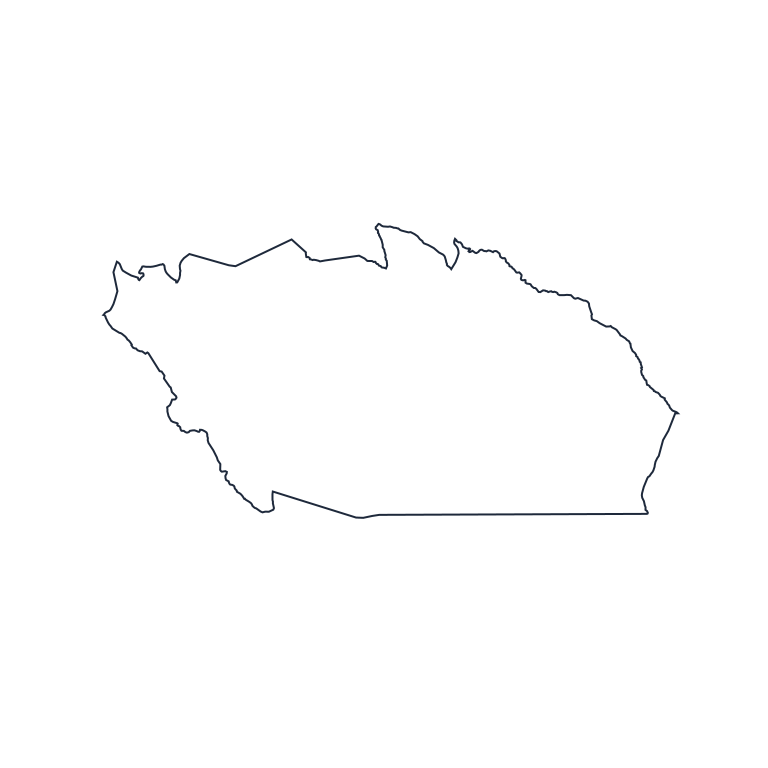 Alpatláhuac, Veracruz, Mexico (Mercator projection), rotated 206°
{"feature_id": "50627088B30858161806263", "entity_name": "Alpatláhuac", "entity_type": "district", "adm_level": 2, "iso_a3": "MEX", "parent_name": "Mexico", "parent_adm1": "Veracruz", "projection": "mercator", "projection_center": [-97.125, 19.099], "detail": "fine", "context": "isolated", "style": "outline", "palette": "slate", "viewbox_px": 768, "rotation_deg": 206, "n_neighbors": 0, "source": "geoboundaries", "source_scale": "gbopen_adm2", "svg_char_len": 6158}
<svg xmlns="http://www.w3.org/2000/svg" viewBox="0 0 768 768"><g transform="rotate(206 384 384)"><path d="M666.4,323.1L665.7,323.3L664.0,322.7L663.3,321.7L659.0,318.3L656.9,317.0L655.2,316.3L652.5,314.8L644.3,314.0L643.1,314.3L641.5,314.2L637.2,313.2L634.9,312.1L634.2,311.5L632.4,311.2L630.4,310.3L628.0,308.9L628.1,308.2L626.3,307.1L625.2,306.6L623.4,306.8L622.5,307.2L620.3,306.3L617.7,306.5L615.7,307.3L611.7,306.6L610.5,308.6L609.3,308.4L591.3,297.2L589.3,297.7L585.0,295.3L584.2,292.5L575.4,287.6L574.2,287.4L571.1,283.8L565.4,281.8L564.5,280.7L564.8,278.9L565.2,278.4L567.6,277.1L567.2,273.2L567.2,271.1L568.7,268.0L567.5,266.2L566.6,264.3L563.6,260.7L559.2,257.6L557.1,257.4L552.6,258.1L552.1,258.0L551.7,256.4L550.5,256.1L549.8,256.3L548.2,255.8L547.5,254.7L546.6,253.8L545.5,253.2L543.3,254.1L541.4,253.7L539.8,253.9L538.4,255.1L537.9,256.8L535.7,258.4L534.0,259.3L531.8,259.6L530.2,259.6L529.2,260.0L529.0,261.0L529.3,262.2L527.9,262.8L526.7,263.0L523.9,262.9L522.2,262.6L520.8,261.3L520.0,259.7L518.6,258.2L517.8,256.2L515.9,254.1L508.4,249.6L502.1,244.8L499.9,242.5L496.0,240.3L493.6,235.0L492.3,234.2L491.3,234.1L488.4,236.1L486.7,236.1L486.2,234.7L486.3,231.8L485.0,229.7L483.8,228.5L480.9,228.4L480.2,227.4L478.8,226.4L478.1,226.2L476.1,226.8L474.4,226.7L473.5,226.2L472.5,224.9L471.5,224.3L469.7,223.7L469.0,222.7L465.1,222.4L463.8,222.0L462.0,221.2L459.2,219.5L458.7,219.9L457.6,219.4L453.3,219.0L451.3,218.6L449.8,217.8L449.0,216.9L446.9,216.2L445.5,216.0L444.3,216.2L439.0,215.3L436.9,215.4L434.8,217.2L431.5,218.7L428.4,222.5L428.5,224.2L431.6,228.1L432.2,229.5L433.4,230.9L435.9,236.0L436.8,238.6L350.6,251.7L344.0,254.6L336.8,260.2L330.9,264.3L90.8,382.5L90.3,383.1L90.4,383.9L91.9,385.1L93.8,385.5L94.9,387.9L96.4,389.3L99.0,392.6L102.0,394.9L103.5,397.0L104.2,399.1L105.4,405.4L106.0,414.5L105.9,416.1L105.0,417.5L104.5,420.9L104.1,422.2L104.0,424.4L104.5,428.2L105.1,429.9L105.9,433.2L105.9,437.1L105.5,439.8L108.6,456.0L107.9,466.7L109.4,485.3L107.0,486.5L107.9,486.8L109.3,486.9L112.8,486.6L113.7,486.8L116.7,488.1L118.1,489.5L118.9,490.0L120.6,490.5L121.6,491.5L124.9,493.0L125.3,494.2L129.1,494.2L130.3,494.4L131.5,495.3L133.8,496.2L136.2,495.9L137.4,496.2L138.4,496.0L139.1,496.8L143.7,497.9L144.5,498.6L146.1,498.8L147.2,498.6L148.2,499.8L149.8,502.1L151.5,502.3L152.3,503.0L153.6,503.6L154.5,504.8L156.1,505.3L158.1,507.6L158.7,508.9L158.5,510.0L159.1,510.7L159.9,511.1L159.4,512.0L161.9,514.5L162.8,516.0L163.8,516.0L164.8,517.2L166.0,518.0L166.8,518.2L168.0,519.4L169.6,519.6L170.2,520.8L172.1,521.9L175.0,522.6L178.2,525.2L180.2,528.3L180.7,528.3L182.4,529.8L185.2,530.1L186.8,530.8L191.0,531.3L192.9,531.3L193.4,531.9L198.7,534.6L200.3,534.8L204.1,534.9L205.7,535.5L206.4,534.7L209.5,533.0L216.8,533.2L220.3,533.8L223.0,533.3L225.6,533.4L227.6,536.5L227.6,537.8L229.2,539.3L233.6,543.8L235.1,546.2L237.1,547.2L239.4,547.2L241.2,546.5L247.4,546.3L249.5,544.5L250.9,544.4L254.9,545.8L258.7,544.3L260.6,543.1L265.2,540.8L267.1,540.9L268.1,541.8L269.4,541.9L271.4,541.6L272.2,540.8L273.4,540.5L274.3,540.7L275.4,539.9L276.7,538.6L278.4,538.9L279.0,538.5L280.1,538.6L282.1,537.9L283.8,535.1L285.4,534.5L288.6,536.2L290.0,536.6L291.4,536.0L294.0,536.6L295.9,537.8L296.8,537.8L299.6,536.9L301.2,537.1L302.3,539.3L303.0,539.3L304.5,538.1L306.1,537.8L307.1,538.5L307.8,541.6L308.2,542.3L310.1,543.2L311.4,543.6L313.2,542.4L314.0,542.3L316.8,543.8L318.1,544.3L319.2,544.3L319.9,544.9L321.0,545.3L322.4,544.9L323.0,545.0L323.4,545.9L324.2,546.4L325.2,546.9L326.9,547.0L328.2,547.6L328.8,548.7L330.2,549.9L330.8,550.0L331.5,549.7L332.1,549.1L333.4,549.0L335.3,549.4L337.4,551.9L340.9,552.7L341.8,552.5L342.7,552.0L343.4,551.4L343.8,550.3L346.9,550.3L348.8,549.8L350.1,548.1L351.2,547.9L352.3,547.4L354.8,547.6L355.6,547.2L356.2,546.7L356.8,545.5L357.0,544.2L358.3,542.2L359.4,541.9L362.8,542.5L364.4,540.4L365.1,540.0L365.5,540.4L366.2,540.4L366.2,541.5L365.7,542.3L365.7,543.0L366.4,543.3L367.1,543.1L367.4,542.5L369.8,541.9L373.2,541.9L375.1,543.7L377.2,544.7L377.8,544.7L379.1,544.0L380.8,544.3L381.5,544.2L382.0,545.0L383.8,545.6L383.6,543.5L383.0,541.9L382.1,540.8L378.9,539.4L377.3,538.3L375.6,536.4L374.2,534.1L373.5,529.9L373.1,524.8L373.9,516.7L375.1,517.4L377.1,517.9L378.5,518.0L379.7,518.6L380.1,519.6L381.3,520.6L382.6,522.3L385.2,525.1L386.2,525.7L387.7,526.2L392.3,526.3L398.8,528.0L405.4,528.3L409.8,527.9L411.6,528.7L412.1,529.3L415.3,529.9L418.5,531.5L422.3,532.1L426.6,532.2L428.5,531.0L435.4,529.6L437.1,529.5L439.3,530.1L439.8,529.8L441.6,529.6L444.1,528.6L444.7,528.7L447.7,528.2L449.3,527.1L453.8,525.3L455.6,525.2L457.4,525.7L458.8,525.6L459.1,525.5L459.8,522.3L460.2,521.5L459.7,520.2L458.9,519.6L457.1,519.5L455.9,518.1L455.8,517.3L455.5,517.0L454.9,516.9L454.1,516.3L453.5,515.3L452.6,515.0L452.4,514.6L450.8,513.5L449.8,512.5L449.5,512.5L446.2,508.6L445.1,506.3L442.5,504.7L442.0,503.7L439.0,500.5L438.4,498.4L437.4,497.7L436.9,496.6L435.6,496.0L433.1,491.9L432.9,488.7L435.2,488.5L435.8,488.2L437.3,487.8L438.6,488.5L440.5,488.2L441.6,489.0L442.2,489.1L442.9,488.8L444.3,489.2L445.2,490.0L445.6,490.0L446.8,489.1L448.6,489.3L452.9,487.3L456.4,488.3L462.7,488.4L491.1,469.2L495.3,466.1L496.7,466.1L499.3,465.6L501.6,464.9L502.5,464.1L504.1,464.0L505.3,463.6L506.1,464.7L507.9,464.9L508.8,464.2L509.5,464.1L511.5,467.0L511.9,468.1L530.4,473.4L569.1,424.8L575.5,422.7L615.9,415.5L619.0,409.4L619.8,406.1L620.0,403.8L619.5,400.8L617.7,397.8L616.6,396.6L616.0,394.4L615.1,392.6L614.2,389.0L614.4,384.7L614.7,384.5L615.2,384.2L616.7,385.9L618.3,385.7L622.1,386.3L626.5,387.8L627.9,388.4L629.5,389.4L631.4,391.3L633.2,394.0L634.7,394.8L635.6,394.7L636.1,393.9L637.3,393.3L640.3,390.5L643.2,388.2L645.3,386.9L649.6,384.9L651.7,384.3L652.7,383.6L652.7,380.3L653.1,379.1L653.1,377.1L652.7,376.5L651.4,376.5L650.2,377.5L648.9,377.8L648.2,377.1L647.6,375.9L647.7,375.4L648.3,374.5L649.0,372.6L649.4,370.1L650.1,370.1L651.1,370.8L651.8,371.7L658.7,370.7L664.7,371.0L668.5,371.4L670.1,372.4L674.0,375.9L675.8,376.6L677.7,376.8L676.2,365.9L664.3,350.6L662.9,342.5L662.2,337.3L662.2,334.2L662.4,331.0L663.0,329.4L665.4,326.5L666.0,325.2L666.0,324.5L666.4,323.1Z" fill="none" stroke="#1e293b" stroke-width="2"/></g></svg>